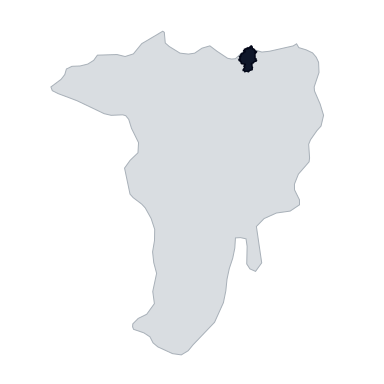 Restauración, Dajabón, Dominican Republic (highlighted), rotated 87°
{"feature_id": "3306468B11586418732368", "entity_name": "Restauración", "entity_type": "district", "adm_level": 2, "iso_a3": "DOM", "parent_name": "Dominican Republic", "parent_adm1": "Dajabón", "projection": "equal_earth", "projection_center": [-71.654, 19.301], "detail": "fine", "context": "in_parent", "style": "filled", "palette": "ink", "viewbox_px": 384, "rotation_deg": 87, "n_neighbors": 0, "source": "geoboundaries", "source_scale": "gbopen_adm2", "svg_char_len": 5236}
<svg xmlns="http://www.w3.org/2000/svg" viewBox="0 0 384 384"><g transform="rotate(87 192 192)"><path d="M50.4,279.3L50.8,259.7L53.2,251.7L51.0,243.3L41.2,234.4L35.2,222.9L29.9,212.8L31.1,211.3L41.8,210.9L45.5,207.1L52.7,196.7L54.1,188.4L53.5,182.1L48.9,174.5L47.0,166.5L52.8,159.6L60.3,149.5L61.3,145.6L61.2,141.7L52.4,131.0L51.8,126.5L55.9,114.9L55.5,107.2L51.4,83.3L49.5,79.8L53.4,77.8L56.0,70.6L59.4,64.3L63.9,60.9L69.1,58.8L79.3,58.9L93.5,64.5L97.5,64.4L111.0,59.4L122.3,56.6L132.9,59.7L137.2,64.0L146.0,70.9L150.4,73.0L164.2,72.8L168.0,73.5L179.7,84.8L189.5,89.3L195.2,89.5L205.4,85.1L210.4,85.3L216.2,95.0L217.4,108.8L222.3,121.4L229.8,129.5L266.4,126.1L274.6,132.7L271.8,138.2L266.7,141.1L249.2,139.8L241.6,140.5L240.1,145.9L240.1,151.0L250.3,152.2L260.3,154.8L270.5,158.8L280.9,161.6L292.5,163.4L304.1,166.4L323.3,176.3L344.6,198.9L350.3,204.1L354.1,211.2L352.4,219.9L344.9,234.2L340.6,238.8L334.4,241.6L330.1,247.5L326.1,257.5L323.5,258.4L320.6,258.0L315.4,252.3L311.7,243.6L301.5,235.4L289.3,236.4L271.4,231.6L260.5,233.9L249.7,234.5L238.6,232.0L227.4,231.2L216.3,234.2L205.5,239.5L201.5,242.8L194.6,251.0L190.9,254.0L164.6,258.1L157.1,252.1L150.0,243.9L139.9,242.8L125.2,249.1L116.1,251.4L112.3,254.2L111.3,257.2L111.2,268.7L109.2,275.6L94.9,301.9L86.8,320.4L83.5,326.2L79.7,327.4L72.6,316.8L68.1,312.9L62.6,311.0L60.2,305.3L60.3,297.2L58.8,289.4L55.4,283.3L50.4,279.3Z" fill="#d9dde1" stroke="#a8b0b8" stroke-width="1"/><path d="M71.4,125.3L71.2,125.2L70.7,125.1L70.4,125.2L70.2,125.3L69.9,125.6L69.6,125.7L69.4,125.8L69.2,125.8L69.0,125.7L68.9,125.7L68.6,125.5L68.3,125.4L68.1,125.5L67.9,125.5L67.7,125.7L67.6,126.0L67.4,126.1L67.2,126.1L66.9,125.8L66.8,125.7L66.7,125.4L66.4,124.9L66.4,124.7L66.3,124.2L66.2,124.1L66.1,123.9L65.8,123.7L65.4,123.4L65.3,123.2L65.0,122.7L64.9,122.4L64.8,122.1L64.8,121.9L64.7,121.4L64.7,121.2L64.3,120.9L64.2,120.8L64.0,120.7L63.9,120.7L63.8,120.8L63.7,120.8L63.5,121.0L63.4,121.2L63.3,121.3L63.2,121.3L62.9,121.3L62.7,121.2L62.4,121.2L62.4,121.3L62.3,121.7L62.3,121.9L62.2,122.0L61.9,122.1L60.7,122.0L58.3,122.0L57.9,122.0L57.7,121.9L57.4,121.8L57.2,121.7L56.7,121.7L56.5,121.4L56.5,121.2L56.3,121.0L56.1,120.7L55.9,120.6L55.5,120.3L55.4,120.6L55.2,120.7L55.2,120.8L55.2,121.1L55.2,121.4L55.0,121.2L54.9,121.7L54.9,121.9L54.8,121.7L54.6,121.6L54.4,121.5L53.9,121.9L53.8,122.1L53.7,122.2L53.4,122.2L53.4,122.3L53.2,122.5L52.6,122.7L52.4,122.9L52.3,123.2L52.3,123.7L52.3,124.1L52.1,124.1L51.5,124.2L51.2,124.3L50.4,124.3L50.2,124.4L50.1,124.5L49.8,124.6L49.6,124.8L49.4,124.9L49.2,125.2L49.2,125.3L49.4,125.3L49.8,125.4L50.0,125.7L50.0,126.2L50.2,126.5L50.5,126.5L50.6,126.4L50.7,126.5L50.8,126.5L50.7,126.6L50.7,126.8L50.8,126.8L50.8,127.1L50.9,127.5L51.0,127.5L51.1,127.9L51.3,128.0L51.2,128.3L51.1,128.5L51.3,128.5L51.3,128.3L51.3,128.5L51.6,128.5L51.7,128.8L51.7,128.7L51.7,128.8L51.8,128.8L51.8,129.1L51.7,129.1L51.7,129.3L51.6,129.5L51.4,129.7L51.4,129.9L51.8,129.9L51.8,130.1L52.0,130.1L52.1,130.9L51.9,130.9L51.9,131.3L52.2,131.3L52.3,131.3L52.6,131.6L52.6,131.8L52.5,131.7L52.5,131.9L52.9,131.7L53.0,131.6L53.3,131.6L53.3,131.3L53.4,131.5L53.4,131.8L53.3,132.1L53.3,132.4L53.4,132.6L53.6,132.7L53.7,132.9L53.7,133.0L53.8,133.0L54.0,133.4L54.0,133.0L54.0,132.9L54.0,132.7L54.1,132.4L54.2,132.1L54.3,132.0L54.3,131.9L54.4,131.7L54.6,131.5L54.8,131.7L54.8,132.0L54.8,132.3L54.7,132.6L54.8,132.7L54.9,132.8L55.2,132.8L55.2,132.7L55.3,132.7L55.4,132.8L55.4,133.0L55.6,133.1L55.8,133.5L56.1,133.6L56.3,133.9L56.2,134.0L56.1,134.3L56.1,134.5L56.3,134.7L56.3,134.9L56.4,135.0L56.6,135.0L56.7,135.3L56.8,135.3L57.0,135.4L57.0,135.6L57.1,135.9L57.3,135.9L57.4,135.7L57.5,135.7L57.6,135.8L57.6,136.0L57.8,136.1L58.0,136.1L58.3,136.1L58.2,136.2L58.1,136.3L58.3,136.2L58.5,136.3L58.5,136.5L58.7,136.8L58.8,136.9L58.8,136.5L59.3,136.5L59.4,136.8L59.5,136.8L59.5,136.7L59.8,136.7L59.8,137.0L60.0,137.1L60.3,137.2L60.6,137.2L61.0,137.1L61.3,137.1L61.6,137.3L61.7,137.1L61.8,137.2L62.0,137.1L62.2,137.3L62.1,137.6L62.1,137.8L62.3,137.6L62.3,137.8L62.3,137.6L62.5,137.6L62.4,137.8L62.5,138.0L62.9,138.1L63.1,137.9L63.3,137.8L63.3,137.7L63.5,137.4L63.7,137.0L63.8,136.9L64.2,136.8L64.3,136.7L64.5,136.6L64.6,136.3L64.7,136.2L64.8,136.0L65.0,135.9L65.3,135.9L65.5,136.0L65.8,136.1L66.0,136.1L66.3,135.8L66.5,135.6L66.5,135.4L66.6,135.1L66.6,134.4L66.6,134.2L66.8,133.8L66.9,133.5L67.0,133.2L67.1,132.9L67.1,132.5L67.1,132.4L67.2,132.2L67.3,132.1L67.6,132.1L67.8,132.2L67.8,132.3L67.9,132.6L68.0,132.7L68.1,132.8L68.3,132.9L68.5,133.0L68.8,133.3L69.0,133.4L69.1,133.5L69.3,133.5L69.4,133.4L69.5,133.4L69.9,133.0L70.0,132.9L70.3,132.8L70.5,132.9L70.8,133.1L71.0,133.2L71.3,133.4L71.5,133.6L71.9,134.0L72.1,134.1L72.3,134.3L72.5,134.4L72.6,134.5L72.8,134.5L73.1,134.5L73.3,134.5L73.3,134.4L73.4,134.2L73.4,133.9L73.4,133.7L73.5,133.6L73.8,133.3L73.9,133.2L74.6,132.9L74.5,132.7L74.4,132.2L74.3,131.9L74.2,131.8L74.2,131.6L74.2,131.4L74.2,131.1L74.2,130.9L74.2,130.6L74.3,130.5L74.4,130.3L74.7,129.9L74.8,129.7L74.9,129.4L74.7,129.1L74.5,128.9L74.4,128.8L74.3,128.7L74.2,128.6L73.8,128.5L73.7,128.4L73.7,128.2L73.5,127.8L73.4,127.4L73.4,127.0L73.3,126.9L73.2,126.5L73.2,126.4L73.1,125.8L73.1,125.7L72.9,125.5L72.0,125.5L71.7,125.4L71.4,125.3Z" fill="#0f172a" stroke="#020617" stroke-width="1.5"/></g></svg>